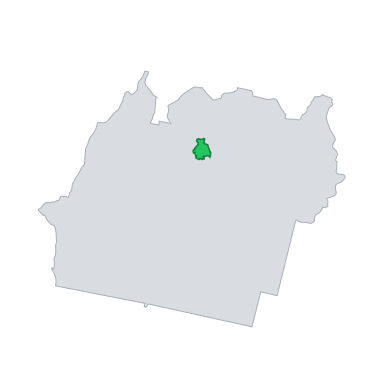 Sheikan, North Kordufan, Sudan (highlighted), rotated 192°
{"feature_id": "16777658B67659775145128", "entity_name": "Sheikan", "entity_type": "district", "adm_level": 2, "iso_a3": "SDN", "parent_name": "Sudan", "parent_adm1": "North Kordufan", "projection": "orthographic", "projection_center": [29.994, 13.034], "detail": "fine", "context": "in_parent", "style": "filled", "palette": "green", "viewbox_px": 384, "rotation_deg": 192, "n_neighbors": 0, "source": "geoboundaries", "source_scale": "gbopen_adm2", "svg_char_len": 5639}
<svg xmlns="http://www.w3.org/2000/svg" viewBox="0 0 384 384"><g transform="rotate(192 192 192)"><path d="M263.3,300.5L260.0,300.6L259.6,299.8L259.6,297.6L260.0,295.9L261.2,293.3L260.8,291.8L261.0,289.8L260.1,287.5L252.0,280.9L250.4,279.0L246.1,277.4L246.8,275.5L244.9,261.7L245.8,260.1L246.0,257.7L245.9,255.6L246.9,252.1L247.0,250.6L238.5,250.6L238.4,252.1L238.8,253.8L238.8,254.5L227.0,254.6L231.8,260.0L232.0,262.4L231.8,265.3L231.9,267.2L232.1,268.4L233.4,270.8L233.3,271.3L233.1,271.9L224.7,279.1L223.3,282.5L222.2,284.2L219.7,287.2L212.1,294.9L210.8,295.4L204.9,295.7L204.3,295.9L203.9,296.3L203.6,296.2L198.6,291.7L190.1,286.3L184.5,289.1L183.0,290.1L183.0,292.8L182.1,294.1L180.6,295.5L176.5,296.4L174.3,297.2L171.7,298.7L169.2,301.1L169.0,302.4L169.3,303.5L155.0,303.4L154.0,302.5L152.0,298.4L150.5,298.7L137.5,298.1L135.7,298.5L131.9,300.1L130.0,300.3L128.1,299.5L121.4,291.4L119.9,290.5L118.4,288.5L116.9,287.7L116.4,287.0L116.3,286.2L116.4,284.4L115.9,283.3L114.8,283.1L105.6,284.7L104.3,284.5L102.4,284.8L101.7,285.1L100.9,286.2L100.8,288.4L100.5,289.4L99.8,290.6L97.1,293.3L96.5,294.5L96.6,297.5L96.4,299.0L96.0,299.7L94.9,300.8L94.4,301.4L93.9,305.2L92.5,307.5L92.1,308.3L92.0,310.0L91.8,310.5L87.6,311.7L86.0,312.6L85.1,313.8L84.8,314.4L83.0,313.9L80.8,313.5L76.4,313.0L74.7,312.3L73.9,311.4L74.2,309.1L73.8,308.6L73.1,308.1L72.7,307.1L72.8,305.9L75.1,303.3L75.6,301.9L76.3,295.2L76.2,293.1L74.5,289.3L70.5,282.7L69.5,281.4L64.4,275.9L63.8,275.1L62.6,272.8L64.1,267.9L64.3,266.5L63.9,265.1L62.7,264.0L61.5,263.8L60.0,262.5L59.0,261.8L58.2,260.6L57.6,259.0L58.2,253.2L57.9,252.4L56.6,252.1L56.3,251.7L56.4,250.6L55.8,247.2L55.1,244.4L55.5,242.9L54.5,240.8L52.4,239.9L48.3,240.4L47.0,240.3L46.2,239.9L45.6,239.1L45.3,238.2L45.6,236.8L46.8,234.4L48.4,232.4L51.4,230.6L52.2,229.7L52.7,228.6L52.8,227.3L52.6,226.0L52.3,224.8L51.5,223.1L50.8,221.2L50.8,219.9L51.2,219.0L52.0,218.0L55.0,215.9L58.1,214.2L58.6,213.6L58.4,212.8L57.1,211.3L56.8,208.4L56.1,206.4L57.6,205.0L58.8,204.5L60.5,204.0L61.2,203.4L61.5,202.2L61.5,201.1L62.1,200.3L63.0,198.5L63.7,197.6L66.1,195.6L66.6,194.2L66.8,192.9L66.3,188.8L67.7,187.2L69.4,185.8L71.8,186.0L75.5,185.8L78.1,185.2L79.9,185.3L84.1,186.2L84.5,185.8L84.7,184.8L87.2,108.3L104.0,108.7L105.3,72.6L210.5,73.4L211.4,73.2L213.0,69.9L213.7,69.6L214.8,69.8L215.1,70.6L214.3,73.3L305.9,71.8L306.3,75.9L307.2,79.2L310.0,83.8L312.3,86.3L313.1,87.6L313.2,88.3L313.2,88.9L312.5,88.2L311.3,87.8L311.3,90.0L312.0,94.5L313.1,97.6L312.5,100.5L312.8,105.5L314.3,111.4L314.2,115.2L316.5,124.0L318.6,128.9L319.7,130.1L320.8,130.7L323.1,131.0L326.5,133.4L329.2,136.0L330.2,137.4L331.5,138.9L332.4,138.6L332.9,138.1L333.8,139.3L338.1,141.8L338.7,143.1L337.3,144.3L335.7,146.4L334.9,148.4L334.5,149.0L333.2,150.3L333.0,150.9L332.4,151.3L331.7,151.3L330.3,152.0L329.1,151.9L327.8,152.3L327.3,152.7L326.3,153.2L324.9,153.4L322.8,155.1L321.0,156.0L320.4,156.7L319.5,160.0L318.8,160.8L316.0,161.0L314.7,161.3L312.8,161.0L311.9,161.1L311.7,161.8L311.4,164.6L311.5,165.8L310.1,169.0L310.7,175.0L309.3,179.5L309.1,180.5L307.7,184.1L307.0,185.5L305.2,192.2L304.5,194.2L302.9,196.4L305.1,212.3L303.8,217.2L303.9,219.9L303.0,223.8L302.3,225.7L301.1,227.9L300.0,230.4L299.2,233.7L298.7,239.8L298.4,240.4L293.4,241.2L291.8,241.7L290.7,242.4L289.5,244.0L287.0,248.4L285.6,251.1L283.6,254.7L281.1,257.3L280.6,258.6L280.3,260.9L279.4,264.6L278.6,267.2L278.8,269.3L278.1,273.0L278.2,274.7L277.4,275.7L276.2,276.7L275.4,276.9L271.8,274.6L269.3,276.3L267.8,278.7L266.6,281.1L267.4,286.1L267.3,287.2L267.0,288.4L264.7,293.4L264.0,295.6L263.3,299.6L263.3,300.5Z" fill="#d9dde1" stroke="#a8b0b8" stroke-width="1"/><path d="M186.3,241.3L186.5,241.4L186.6,241.5L187.0,241.5L187.3,241.6L187.5,241.7L188.5,241.7L188.8,241.7L189.0,241.7L189.6,241.8L189.9,241.9L190.0,241.9L190.1,242.0L190.3,242.1L190.3,242.3L190.2,242.4L190.2,242.5L190.1,242.9L190.1,243.1L190.2,243.3L190.3,243.5L190.5,243.7L190.6,243.8L190.7,244.0L190.7,244.3L190.7,244.6L190.7,244.8L190.7,245.2L190.8,245.2L190.8,245.4L190.8,245.7L190.6,245.9L190.6,246.0L190.8,246.8L191.0,246.8L191.3,246.8L191.6,246.6L191.8,246.4L192.3,246.1L192.5,246.0L192.8,245.8L193.1,245.7L193.8,245.4L194.1,245.3L194.5,245.2L194.9,245.2L195.3,245.2L195.5,245.2L195.9,245.1L196.0,245.1L196.3,245.2L196.5,245.3L196.7,245.5L196.8,245.5L197.4,245.0L197.6,244.9L197.8,244.7L198.2,244.4L198.1,242.9L197.8,242.5L197.6,242.6L196.7,241.7L196.1,240.7L195.8,240.3L195.7,240.0L195.6,239.9L195.6,239.7L196.0,239.4L196.3,239.2L198.0,236.1L198.5,235.1L198.2,234.7L198.1,234.3L199.1,233.5L199.4,233.3L199.4,232.2L199.2,231.9L199.2,231.7L198.6,230.5L197.6,231.1L197.4,231.1L195.8,227.8L195.7,227.6L195.6,228.4L195.2,228.4L195.3,227.4L195.3,226.6L195.0,225.9L194.9,225.9L192.3,225.4L192.2,225.6L192.0,225.3L191.3,225.7L191.2,225.9L191.2,226.0L191.3,226.3L191.1,226.4L189.7,226.4L189.4,226.1L189.1,226.1L189.0,226.3L188.9,226.1L188.5,226.5L188.4,226.4L188.3,226.6L187.2,226.8L186.9,226.9L186.9,227.0L187.1,227.3L187.8,227.5L188.0,227.7L187.9,228.0L187.6,228.3L188.4,229.1L188.1,229.5L188.0,229.4L187.1,229.1L186.4,229.7L186.2,229.9L185.7,230.3L185.3,230.3L185.0,230.4L184.7,230.8L183.1,230.7L182.2,230.0L182.0,229.9L182.2,230.4L181.9,230.3L181.7,230.2L181.7,230.5L181.6,231.9L181.6,232.0L181.6,232.4L181.7,233.1L181.7,233.3L181.8,233.7L181.8,233.9L181.9,234.2L181.9,234.4L182.0,234.8L182.2,235.0L182.3,235.1L182.7,235.1L182.9,235.4L183.1,235.7L183.3,236.1L183.5,236.4L183.6,236.6L183.7,236.8L184.3,237.7L184.5,237.9L184.8,238.4L184.9,238.6L185.2,238.9L185.4,239.4L185.5,239.6L186.0,240.6L186.1,240.8L186.1,241.0L186.3,241.2L186.3,241.3L186.3,241.3Z" fill="#22c55e" stroke="#15803d" stroke-width="1.5"/></g></svg>